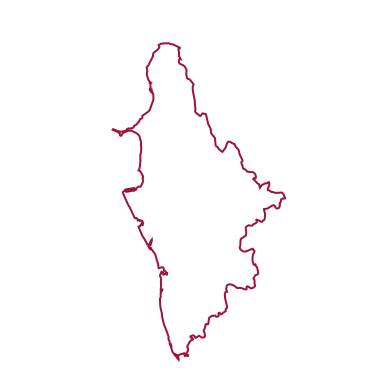 map outline of Tamil Nadu (Equal Earth projection), rotated 156°
{"feature_id": "IND-3263", "entity_name": "Tamil Nadu", "entity_type": "State", "adm_level": 1, "iso_a3": "IND", "parent_name": "India", "parent_adm1": "", "projection": "equal_earth", "projection_center": [78.435, 10.806], "detail": "fine", "context": "isolated", "style": "outline", "palette": "rose", "viewbox_px": 384, "rotation_deg": 156, "n_neighbors": 0, "source": "natural_earth", "source_scale": "10m", "svg_char_len": 6029}
<svg xmlns="http://www.w3.org/2000/svg" viewBox="0 0 384 384"><g transform="rotate(156 192 192)"><path d="M254.9,191.4L255.1,203.2L255.5,205.4L255.6,214.8L255.4,219.4L255.2,220.0L252.9,220.7L252.2,220.4L252.3,219.3L251.3,218.6L246.3,217.5L245.9,217.8L245.6,218.6L247.5,218.7L249.2,219.7L251.4,220.0L252.0,220.5L252.0,221.2L251.5,221.3L243.3,219.2L243.1,218.4L245.2,217.5L245.3,217.1L244.5,216.7L243.7,217.1L242.1,217.0L242.3,217.8L239.3,218.6L238.4,218.6L236.9,217.7L233.1,220.8L231.8,222.6L231.7,224.6L230.8,225.1L230.3,226.3L230.7,230.8L231.1,232.4L232.1,233.4L230.5,234.8L228.9,237.0L226.5,241.3L225.7,243.5L224.9,244.8L224.6,246.1L222.4,249.1L220.0,253.5L219.9,255.1L218.7,257.0L218.1,259.2L217.8,261.8L217.3,264.0L217.4,265.1L218.1,267.1L219.2,268.8L222.4,272.6L223.9,273.4L225.5,273.9L231.0,274.1L233.8,272.2L234.6,272.6L234.8,273.1L234.3,274.6L235.1,276.7L239.2,281.1L238.6,281.5L238.0,281.1L235.4,278.2L232.7,276.1L227.5,274.8L226.1,275.8L224.4,276.0L221.9,274.9L220.4,274.6L219.1,274.8L218.0,276.0L216.6,276.0L214.5,276.5L213.4,277.3L211.8,277.8L209.8,279.6L207.8,279.7L207.1,280.1L206.6,281.5L206.1,281.9L200.1,283.0L198.6,283.4L197.1,284.3L190.1,291.6L189.2,293.1L187.8,296.5L187.5,301.0L187.0,303.2L187.5,302.6L188.5,302.3L188.9,301.3L189.1,302.5L188.7,303.2L187.3,304.3L186.7,306.2L186.1,307.2L185.9,307.7L186.2,308.4L185.0,308.4L185.9,310.1L186.2,311.9L185.6,317.6L185.0,318.8L183.6,320.7L182.7,324.4L180.4,325.4L172.6,331.8L171.0,334.3L170.4,334.8L166.0,335.8L164.0,336.7L162.6,338.0L162.8,339.7L160.6,340.1L158.1,339.5L152.7,337.3L151.5,335.9L149.0,334.2L144.4,328.7L144.8,328.2L145.8,328.3L146.5,327.8L146.9,325.3L148.7,321.4L148.3,319.4L148.3,318.1L149.0,318.8L149.8,318.3L150.6,317.2L151.2,315.6L150.8,314.0L148.2,310.9L147.6,309.4L147.3,305.9L149.5,301.5L150.2,297.9L149.8,297.1L148.2,295.5L146.7,289.7L148.5,287.9L149.3,286.3L150.3,283.1L152.6,273.4L153.7,271.0L155.0,266.4L156.3,264.7L156.4,263.3L156.1,262.6L153.8,258.2L152.5,258.3L150.7,259.4L149.9,259.4L149.1,258.4L147.8,257.8L147.6,257.3L149.6,247.4L149.2,242.3L150.6,238.0L149.1,231.8L151.2,225.9L151.4,224.4L150.4,222.8L149.8,219.9L148.6,217.2L147.8,216.3L143.1,218.9L140.9,221.5L138.9,223.2L138.4,223.2L136.9,222.4L135.3,220.1L133.7,218.5L133.6,215.1L132.7,213.4L132.4,211.6L132.5,209.9L133.0,208.3L133.1,205.4L132.9,201.0L133.2,199.9L134.6,199.3L135.1,198.5L135.2,195.7L135.7,193.0L135.4,192.1L134.3,191.1L133.2,188.2L130.8,186.5L128.2,185.3L127.2,183.4L127.0,181.7L127.6,179.3L128.4,178.8L129.9,179.5L130.6,179.1L130.8,178.6L129.9,177.2L128.9,173.6L127.6,171.6L128.1,169.5L128.2,168.2L125.7,169.8L121.7,170.2L119.9,169.4L118.7,169.9L118.0,169.9L117.7,169.5L117.8,168.4L119.0,166.4L121.4,164.1L121.8,162.7L120.7,162.0L119.5,159.8L118.0,159.0L116.4,157.4L112.0,155.6L110.3,155.1L109.7,154.2L109.2,152.4L109.5,150.7L109.3,149.3L109.6,148.3L110.7,148.5L112.0,149.2L113.6,149.0L115.0,146.8L116.7,145.9L116.7,144.9L117.7,143.3L118.7,142.3L119.4,142.1L120.2,142.1L121.4,142.6L121.9,143.3L122.1,146.1L122.8,146.7L124.3,146.9L130.2,146.2L133.0,147.2L133.5,146.3L134.0,142.9L134.9,140.7L136.9,137.3L139.0,136.9L140.1,136.3L140.7,136.5L143.6,140.0L144.1,140.4L144.6,140.3L145.1,138.1L145.5,137.9L147.2,137.5L149.1,137.6L150.7,136.8L152.2,137.4L153.9,138.6L156.7,138.2L157.7,137.1L158.8,133.2L160.0,130.9L161.1,130.1L166.1,129.4L167.2,128.4L169.5,123.7L170.8,122.1L171.1,121.4L171.2,120.4L169.9,117.4L168.4,116.2L167.1,115.8L159.7,115.6L159.5,115.3L159.6,114.3L159.4,113.8L159.0,113.4L159.0,112.7L159.6,111.6L161.6,110.2L162.8,108.5L164.6,104.9L165.2,100.9L164.8,100.1L163.5,100.1L163.7,98.3L163.2,96.6L163.9,93.1L164.8,90.5L166.1,90.0L168.0,90.2L171.1,88.0L170.7,86.1L172.1,83.0L172.5,80.5L174.3,79.7L176.7,79.7L177.6,80.3L179.1,82.7L180.0,83.3L180.8,83.0L181.7,81.0L182.8,81.1L185.9,84.1L187.1,84.9L189.7,85.8L191.5,89.1L192.5,90.3L194.7,92.2L196.1,92.6L197.6,92.6L198.5,92.0L200.2,89.6L200.6,86.6L201.6,87.1L202.0,87.0L203.7,85.2L205.1,80.9L206.0,76.4L206.4,73.2L207.1,72.0L208.8,71.4L209.6,69.6L215.0,68.4L215.5,68.7L216.0,70.5L216.7,70.7L217.6,69.8L217.9,68.1L219.1,67.7L220.6,68.2L221.2,69.8L222.5,70.1L223.8,70.8L227.2,70.3L227.9,69.7L230.8,64.8L231.8,64.8L232.5,65.6L233.3,65.6L235.9,62.1L237.6,60.9L237.8,60.2L237.8,58.3L238.2,57.2L238.4,55.4L238.7,54.9L239.4,54.6L241.0,54.4L242.1,54.9L244.0,57.8L248.0,57.2L248.3,57.5L248.4,59.3L248.7,60.0L249.6,60.7L251.8,60.8L252.2,60.7L252.4,59.7L251.0,58.2L251.1,56.9L251.4,56.7L252.7,57.0L253.5,56.8L255.7,55.6L259.1,53.0L259.4,52.3L259.2,50.8L259.6,49.7L260.8,48.1L262.5,47.3L263.0,46.6L262.9,45.9L261.9,44.5L262.2,43.9L262.7,43.9L264.2,45.1L265.2,45.1L265.2,45.8L264.7,47.4L264.9,48.0L266.9,48.0L268.9,48.5L269.9,48.4L271.5,47.5L271.3,48.4L273.1,50.5L273.4,49.7L273.9,49.5L274.8,53.9L274.2,59.6L273.7,59.3L273.4,61.2L274.2,60.8L274.2,62.1L273.2,64.9L273.4,67.1L272.3,69.1L271.7,75.1L271.5,81.7L271.0,85.6L270.3,88.4L270.1,90.3L268.8,93.7L268.1,98.0L267.2,101.2L264.8,107.3L263.3,108.8L262.0,111.9L261.2,113.0L259.0,114.4L258.7,115.1L259.1,115.3L261.2,113.8L258.0,119.8L256.8,123.1L255.7,124.8L255.4,125.7L255.4,128.1L254.9,129.3L254.0,129.7L252.6,131.4L252.0,131.5L251.0,130.2L251.8,129.0L251.7,128.1L249.8,128.2L248.6,126.8L248.0,127.5L247.7,128.2L248.5,129.4L248.7,130.9L249.3,131.5L249.4,132.5L248.9,134.0L249.0,134.6L250.2,135.6L253.4,135.9L253.1,137.9L252.7,138.4L252.4,139.4L251.0,149.8L251.3,152.0L252.2,155.9L252.4,158.0L252.7,158.0L252.9,157.5L252.7,156.5L253.4,156.6L253.7,157.0L253.9,159.9L253.8,160.4L253.4,160.5L251.7,160.4L251.0,160.8L248.3,164.1L248.0,165.0L248.8,164.6L251.1,162.6L251.3,161.6L252.0,161.4L254.2,162.3L254.4,166.8L255.2,172.4L255.1,180.7L254.9,182.2L253.3,181.9L252.4,182.7L250.5,181.8L250.2,182.0L250.1,182.4L250.6,182.8L250.8,184.0L250.3,184.3L249.8,183.7L249.2,183.7L249.2,184.1L249.7,184.6L249.2,185.3L249.2,185.9L249.9,186.5L250.6,186.7L251.0,187.4L251.7,187.1L252.0,188.0L253.1,188.1L252.8,189.5L252.9,190.0L253.6,190.5L253.6,190.9L254.9,191.4ZM272.4,44.3L273.2,46.9L273.4,49.0L273.1,49.0L271.9,45.1L272.4,44.3Z" fill="none" stroke="#9f1239" stroke-width="2"/></g></svg>